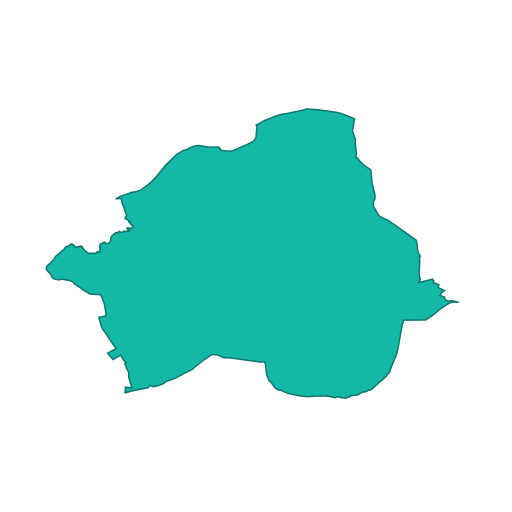 the district of Daia Romana, Alba, Romania, rotated 8°
{"feature_id": "2599482B67835289097180", "entity_name": "Daia Romana", "entity_type": "district", "adm_level": 2, "iso_a3": "ROU", "parent_name": "Romania", "parent_adm1": "Alba", "projection": "equal_earth", "projection_center": [23.647, 46.004], "detail": "fine", "context": "isolated", "style": "filled", "palette": "teal", "viewbox_px": 512, "rotation_deg": 8, "n_neighbors": 0, "source": "geoboundaries", "source_scale": "gbopen_adm2", "svg_char_len": 6031}
<svg xmlns="http://www.w3.org/2000/svg" viewBox="0 0 512 512"><g transform="rotate(8 256 256)"><path d="M367.5,382.9L368.4,382.0L369.0,380.8L369.3,381.2L376.0,379.4L378.1,378.0L379.0,376.9L380.1,376.1L383.1,375.3L384.2,374.7L385.6,373.6L387.0,372.9L388.3,372.6L392.0,368.5L392.6,367.5L394.5,365.6L395.3,364.0L396.3,363.3L398.9,360.5L400.1,358.7L401.6,357.1L402.7,354.6L403.6,353.4L404.2,353.1L404.8,351.3L404.9,349.7L405.2,348.5L405.5,346.4L406.3,343.8L406.6,342.1L407.5,338.9L408.2,336.9L409.2,331.7L409.5,326.7L410.4,303.0L410.8,302.5L411.1,299.0L433.0,295.7L439.6,289.7L441.3,288.0L447.0,281.5L448.8,280.3L453.8,275.9L457.7,274.1L461.9,273.7L460.9,273.2L458.8,273.3L457.3,272.9L452.9,273.8L451.1,273.6L448.4,272.0L448.6,270.5L443.8,269.4L444.6,267.2L445.3,266.0L446.2,264.9L447.0,264.5L447.5,264.1L440.5,261.7L441.1,259.0L435.3,257.7L435.4,255.5L433.9,255.1L433.9,254.4L420.8,259.7L421.5,258.2L421.9,256.5L421.8,255.5L421.4,254.7L421.0,254.3L420.5,252.7L420.0,250.0L418.9,238.5L418.5,236.8L418.3,234.8L418.6,233.1L417.5,231.8L416.5,230.4L415.7,229.1L414.7,226.0L414.4,223.9L412.6,218.2L402.5,212.8L399.1,211.1L397.7,210.5L394.3,208.6L389.7,206.2L384.7,203.8L382.4,202.6L380.9,201.9L378.4,201.4L375.6,200.4L372.6,199.2L372.0,198.7L371.4,198.1L369.6,195.7L368.9,195.1L367.4,193.0L366.1,191.3L365.4,190.0L365.0,188.7L364.9,186.6L365.5,183.9L365.8,182.4L365.4,179.1L365.0,178.0L363.4,174.3L363.0,172.9L362.4,171.5L361.9,170.5L360.8,167.6L360.4,166.1L360.0,164.4L359.5,161.7L359.1,160.4L358.5,158.8L358.2,156.4L357.7,155.5L357.6,154.7L351.1,151.5L346.2,148.2L344.0,146.0L341.1,143.6L340.9,142.2L341.3,140.6L339.3,133.8L338.6,130.2L338.5,127.9L337.9,125.8L337.0,124.4L334.0,118.3L334.5,113.5L334.2,110.7L334.4,107.6L334.6,106.6L332.7,106.0L327.2,104.5L324.6,104.0L322.8,103.5L319.5,102.9L315.2,102.5L307.7,102.5L304.7,102.4L303.7,102.6L297.6,102.5L285.6,103.3L281.9,105.1L278.0,106.7L274.1,107.9L267.8,110.3L262.5,111.8L259.3,113.1L255.5,115.0L245.8,120.5L241.5,123.8L237.9,126.2L239.0,128.1L239.2,129.3L239.0,132.5L239.2,132.9L239.5,138.8L238.2,141.5L237.1,143.0L231.8,146.8L226.9,149.6L219.8,154.2L217.6,155.3L215.5,155.8L213.0,156.1L206.4,156.3L206.0,155.3L205.1,154.1L204.1,153.4L203.3,153.4L200.2,153.9L194.2,154.8L184.8,154.5L182.4,154.8L178.6,156.2L175.0,158.4L172.5,160.4L169.7,161.4L164.3,165.7L164.2,165.6L157.7,173.6L154.3,178.1L152.2,181.4L148.7,187.4L146.6,190.7L144.4,193.9L141.4,197.9L138.3,201.3L134.9,204.4L132.9,206.6L130.7,207.9L127.4,209.3L124.5,210.1L116.1,214.4L113.0,216.1L109.8,218.6L109.8,218.8L110.3,218.6L113.0,218.1L114.5,218.0L114.7,218.3L115.2,219.5L115.5,221.3L118.5,226.3L119.4,228.6L120.2,230.2L122.2,233.4L121.2,236.0L121.5,236.3L121.8,236.4L121.9,236.7L121.4,237.2L121.8,237.3L122.3,237.2L122.8,237.9L123.0,237.8L123.5,237.8L124.9,238.6L125.7,239.3L125.3,239.9L125.6,240.2L126.0,240.5L126.7,240.6L127.1,240.7L127.3,241.0L127.0,241.5L127.2,241.9L127.9,241.9L128.3,242.2L128.6,242.7L129.9,243.0L130.3,243.6L130.0,244.0L129.5,245.4L129.2,245.5L129.1,246.1L127.4,246.0L126.9,246.1L126.3,246.1L125.3,245.8L124.4,246.6L126.0,248.3L127.0,248.1L127.4,248.4L127.1,248.7L126.9,249.2L126.6,249.6L125.1,249.4L124.6,249.7L123.8,249.6L122.4,250.0L121.9,249.9L121.6,249.8L121.4,250.6L121.0,250.8L119.3,251.2L118.2,251.3L117.4,250.6L116.5,251.1L116.2,251.5L116.3,252.2L115.2,252.2L114.5,252.4L113.7,252.4L113.3,253.5L112.2,254.1L111.9,254.6L111.1,255.4L110.4,256.4L109.9,257.5L109.9,257.8L109.9,261.2L109.7,262.0L108.8,263.4L107.5,264.3L105.7,264.7L104.9,263.9L104.6,263.8L104.4,263.4L104.0,263.3L103.7,263.4L103.2,264.2L102.5,264.2L102.4,264.3L102.2,264.7L100.5,265.7L100.2,266.0L99.8,268.1L100.6,270.9L100.6,271.4L100.4,271.8L100.9,272.5L100.7,272.9L100.7,273.7L99.3,273.8L98.9,273.7L98.5,274.0L98.2,274.0L98.2,274.4L98.0,274.8L97.0,275.5L96.6,275.7L96.2,276.2L95.1,275.8L92.2,276.3L92.1,276.2L91.2,276.3L90.3,276.9L89.8,276.9L89.7,277.0L89.3,276.7L88.9,276.1L88.2,275.7L87.8,275.6L87.3,275.2L86.2,274.8L85.2,274.0L84.2,273.1L83.3,272.4L83.1,272.5L82.7,272.0L82.8,271.9L83.0,271.2L81.1,270.5L80.5,270.8L80.7,271.2L80.5,271.7L79.4,271.5L77.8,271.8L76.5,272.1L75.7,272.6L75.3,272.2L75.0,271.5L74.3,271.0L73.5,270.8L73.5,270.4L71.8,269.5L69.1,271.9L66.4,273.4L65.6,274.7L64.9,276.4L64.6,276.9L63.1,277.8L62.4,278.8L61.5,280.2L58.3,283.4L57.1,285.4L56.2,287.5L55.0,289.6L54.0,290.8L54.0,291.1L53.5,291.8L52.4,292.6L51.1,294.0L50.1,296.1L50.1,297.8L50.6,298.8L52.3,300.5L54.5,301.8L56.4,304.3L56.8,305.1L57.6,305.9L58.7,306.5L59.8,306.9L63.3,307.1L64.5,307.0L65.4,306.7L66.4,306.1L67.0,305.9L69.9,306.0L71.6,306.2L74.5,306.2L76.7,306.6L78.0,307.1L80.3,309.0L82.6,310.0L84.2,310.9L86.2,311.8L89.3,313.6L93.1,315.2L94.3,315.6L95.9,316.6L96.6,316.8L106.3,316.1L107.6,315.8L112.2,323.9L112.9,325.7L113.5,327.9L116.2,335.8L112.8,337.3L109.0,338.5L109.2,339.7L113.8,349.2L119.1,354.8L122.7,358.9L130.3,367.2L122.6,372.9L128.8,378.4L135.8,372.9L139.1,377.3L142.0,379.6L141.0,380.9L143.5,385.0L146.3,389.3L146.8,393.8L148.0,396.3L149.5,399.8L151.4,403.6L150.3,403.8L144.9,404.1L145.5,405.0L145.3,406.4L145.2,409.1L145.1,409.4L146.0,409.6L147.7,408.7L156.5,405.2L160.7,403.7L161.9,403.5L164.5,402.4L165.1,402.4L166.5,401.9L166.9,401.6L167.1,401.4L168.1,400.7L168.4,399.4L168.6,399.2L169.5,399.1L172.0,399.7L172.9,399.6L173.4,399.4L174.3,398.9L175.0,398.8L177.6,397.8L182.1,395.3L182.5,395.0L183.6,393.5L184.3,392.9L186.7,391.6L188.1,391.0L190.8,389.5L194.5,387.3L195.6,386.6L196.4,385.8L197.5,385.0L198.5,384.3L200.9,382.3L202.8,381.2L205.1,379.5L207.0,378.5L209.7,376.0L211.7,373.5L214.0,371.4L215.3,369.7L219.7,365.3L222.4,363.0L225.2,360.4L226.5,359.6L231.6,359.4L234.0,359.8L236.1,360.8L237.5,361.2L239.4,361.1L243.6,360.5L276.2,360.4L279.1,359.4L280.6,362.2L282.2,369.2L283.5,372.8L286.3,377.6L288.4,379.0L293.1,383.7L295.9,385.4L299.1,385.5L305.6,387.3L309.0,387.8L315.0,388.1L317.2,388.4L323.5,388.3L327.7,388.0L333.1,386.7L336.4,386.1L337.9,386.0L342.4,385.2L347.4,384.8L354.2,385.3L356.5,384.0L360.4,384.5L365.5,384.1L366.2,383.2L367.0,382.5L367.5,382.9Z" fill="#14b8a6" stroke="#0f766e" stroke-width="1.5"/></g></svg>